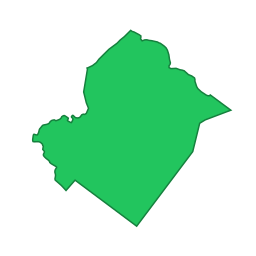 Oshikoto, orthographic projection, rotated 127°
{"feature_id": "NAM-3355", "entity_name": "Oshikoto", "entity_type": "Region", "adm_level": 1, "iso_a3": "NAM", "parent_name": "Namibia", "parent_adm1": "", "projection": "orthographic", "projection_center": [17.144, -18.609], "detail": "fine", "context": "isolated", "style": "filled", "palette": "green", "viewbox_px": 256, "rotation_deg": 127, "n_neighbors": 0, "source": "natural_earth", "source_scale": "10m", "svg_char_len": 2160}
<svg xmlns="http://www.w3.org/2000/svg" viewBox="0 0 256 256"><g transform="rotate(127 128 128)"><path d="M104.8,196.8L103.9,196.2L99.5,193.9L94.8,192.6L90.3,192.6L76.6,190.6L66.7,187.7L62.5,187.2L57.3,185.9L48.4,184.6L48.4,182.8L47.7,181.0L46.8,175.4L46.7,173.2L47.8,172.3L49.3,171.6L49.9,169.2L47.5,167.6L46.2,166.0L45.4,164.0L44.0,161.6L41.6,156.3L41.3,154.2L40.9,153.2L40.8,148.3L41.1,145.8L42.2,143.3L44.9,139.5L48.2,136.2L50.5,133.3L52.0,132.7L53.6,132.7L55.1,131.5L54.7,129.4L51.4,125.5L50.2,121.5L49.2,119.6L48.5,117.6L49.0,111.9L48.1,108.5L48.0,105.0L49.0,103.7L50.3,102.8L53.6,98.1L54.5,96.0L55.0,91.4L54.6,85.1L54.1,83.5L53.1,82.3L52.1,82.2L51.9,56.6L75.0,71.2L81.1,73.6L107.9,62.1L201.2,62.0L201.5,138.9L215.2,139.9L214.0,146.6L213.4,154.8L212.6,155.7L210.4,156.8L209.1,157.6L207.2,159.9L205.9,160.7L204.6,161.1L203.6,161.1L202.7,161.2L202.2,161.5L202.1,162.3L202.7,167.7L202.7,168.7L202.6,169.8L202.0,170.4L201.8,171.3L201.6,172.3L201.6,175.1L201.3,177.4L200.9,178.8L200.4,179.4L199.7,179.8L198.8,179.9L197.8,180.2L197.1,180.6L196.8,181.4L196.6,182.4L196.4,183.2L193.7,184.6L193.2,185.6L192.9,186.1L192.4,186.7L192.2,188.4L192.2,189.4L192.4,190.4L193.0,191.5L195.6,194.8L196.0,195.7L195.5,196.4L194.7,197.1L191.3,199.0L190.4,199.4L189.7,199.4L189.3,198.8L188.9,197.4L188.5,196.8L188.1,196.3L187.2,196.3L185.3,196.7L183.0,197.7L182.0,198.0L177.4,197.8L177.0,197.6L176.6,197.4L174.0,195.1L172.8,194.3L171.5,193.8L169.7,194.0L168.6,193.7L167.6,193.3L166.3,192.2L165.8,191.6L165.7,190.3L165.4,189.9L165.0,189.5L162.4,187.9L161.5,187.6L160.5,187.4L158.9,187.7L157.9,187.4L157.1,187.0L156.5,186.5L156.3,186.1L156.2,185.4L156.0,182.2L156.1,181.6L156.5,181.3L157.8,181.1L158.4,180.9L158.5,180.3L158.5,179.6L158.1,177.2L157.9,176.6L157.5,176.5L155.9,176.7L154.0,177.3L153.7,177.7L153.5,178.4L153.5,179.1L153.3,179.7L152.9,180.0L152.3,180.0L151.6,180.0L151.1,179.7L151.0,179.2L151.3,176.9L151.3,176.2L151.1,175.6L150.1,174.0L149.2,173.3L147.9,172.8L145.4,172.9L144.4,172.4L143.7,171.8L143.3,170.9L142.4,170.4L141.4,170.1L136.0,171.4L133.0,176.4L125.9,185.1L105.8,195.6L105.2,196.1L104.8,196.8Z" fill="#22c55e" stroke="#15803d" stroke-width="1.5"/></g></svg>